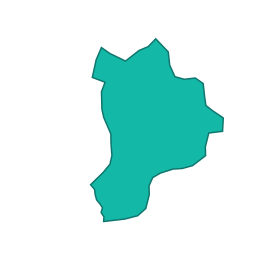 outline of Pera, Nicosia, Cyprus, rotated 134°
{"feature_id": "46923920B36351356920234", "entity_name": "Pera", "entity_type": "district", "adm_level": 2, "iso_a3": "CYP", "parent_name": "Cyprus", "parent_adm1": "Nicosia", "projection": "natural_earth1", "projection_center": [33.279, 35.026], "detail": "fine", "context": "isolated", "style": "filled", "palette": "teal", "viewbox_px": 256, "rotation_deg": 134, "n_neighbors": 0, "source": "geoboundaries", "source_scale": "gbopen_adm2", "svg_char_len": 739}
<svg xmlns="http://www.w3.org/2000/svg" viewBox="0 0 256 256"><g transform="rotate(134 128 128)"><path d="M212.2,80.6L195.9,67.2L184.4,60.1L173.5,59.3L161.2,66.4L155.0,72.7L146.5,75.8L138.0,73.4L126.4,67.2L119.5,60.9L110.2,55.4L94.0,53.0L87.8,59.3L75.5,66.4L64.7,57.7L54.6,66.4L56.9,79.7L57.7,87.6L52.3,94.6L43.8,104.8L45.3,114.3L53.8,121.3L58.5,129.9L53.8,141.7L45.3,151.9L44.6,170.0L55.4,170.0L64.6,173.9L81.6,176.3L87.0,192.8L88.6,203.0L101.0,198.3L116.4,188.8L111.0,176.3L120.3,172.3L132.6,159.8L137.3,152.7L144.2,136.2L151.2,129.2L158.9,120.5L166.6,115.8L177.4,115.0L194.8,115.5L195.4,109.4L198.8,105.2L201.5,100.7L202.1,95.4L203.1,91.0L207.5,88.6L208.6,83.6L212.2,80.6Z" fill="#14b8a6" stroke="#0f766e" stroke-width="1.5"/></g></svg>